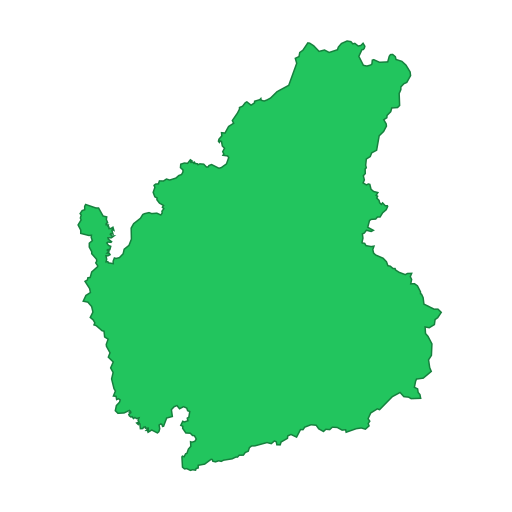 Morafenobe, Melaky, Madagascar (orthographic projection), rotated 263°
{"feature_id": "10022922B27026898293410", "entity_name": "Morafenobe", "entity_type": "district", "adm_level": 2, "iso_a3": "MDG", "parent_name": "Madagascar", "parent_adm1": "Melaky", "projection": "orthographic", "projection_center": [45.038, -17.912], "detail": "fine", "context": "isolated", "style": "filled", "palette": "green", "viewbox_px": 512, "rotation_deg": 263, "n_neighbors": 0, "source": "geoboundaries", "source_scale": "gbopen_adm2", "svg_char_len": 6012}
<svg xmlns="http://www.w3.org/2000/svg" viewBox="0 0 512 512"><g transform="rotate(263 256 256)"><path d="M454.1,388.2L452.2,385.8L451.9,383.1L455.0,380.0L454.8,377.9L457.2,376.3L458.3,372.6L456.5,366.7L453.3,363.2L450.8,362.0L449.1,353.4L452.1,349.1L451.4,343.5L457.6,338.9L460.7,335.2L461.2,333.4L454.5,327.6L452.6,324.2L448.7,323.0L447.4,319.1L442.3,319.9L421.4,309.3L416.6,297.0L411.0,289.7L409.6,286.1L408.8,283.0L409.9,280.1L411.7,280.0L410.7,278.8L409.8,273.5L408.2,273.2L406.3,269.5L410.1,265.7L409.4,264.0L406.3,260.9L405.4,257.7L403.8,257.5L400.1,255.0L393.3,249.0L390.5,250.0L387.9,244.6L381.8,240.2L382.6,236.8L379.4,236.7L376.5,233.5L374.5,232.7L373.2,233.5L374.6,234.5L373.9,235.7L369.3,236.0L366.8,237.9L363.6,235.7L361.2,236.5L360.0,235.5L358.8,240.0L357.0,240.9L351.0,237.9L348.0,232.4L347.6,229.9L352.2,223.0L351.5,220.3L350.2,219.3L350.4,217.6L353.5,215.3L354.3,211.6L353.7,209.5L354.7,209.0L355.2,206.9L356.5,206.4L355.7,205.6L356.6,205.2L356.8,202.7L357.6,202.5L358.2,204.0L359.5,202.6L356.3,199.4L357.0,196.2L356.3,192.5L352.9,191.8L350.3,194.0L348.2,193.7L345.9,192.0L345.3,189.2L343.1,186.0L341.9,179.6L343.3,176.5L341.7,173.3L342.3,169.3L339.5,167.9L339.6,165.1L338.5,163.4L336.4,164.0L331.7,161.7L327.1,162.8L325.6,164.9L323.9,164.5L320.3,166.6L317.4,170.4L315.8,169.0L314.2,170.3L311.9,168.1L310.0,168.1L308.3,166.5L310.6,162.8L310.8,157.6L312.1,155.1L311.6,150.5L311.0,148.7L307.5,145.9L303.0,138.5L298.9,135.5L287.9,134.4L282.0,131.2L278.8,126.0L274.4,124.4L271.0,120.2L270.6,116.8L271.3,115.2L268.3,113.6L265.8,113.4L267.2,108.6L268.4,108.3L268.5,106.4L270.9,107.4L274.6,107.1L274.2,108.9L275.1,111.3L276.8,110.6L277.0,108.6L278.9,110.8L279.7,109.1L280.4,109.3L280.4,111.8L283.3,113.0L284.4,110.9L287.1,109.5L287.9,110.8L287.2,113.7L287.8,114.4L290.8,111.4L292.1,111.3L291.7,114.7L293.2,117.3L293.3,115.5L295.4,114.0L296.0,114.7L295.2,116.7L299.0,116.1L299.8,116.8L298.9,118.0L302.0,117.5L301.0,115.4L301.1,113.4L302.6,113.6L303.3,112.7L304.8,113.3L305.3,111.0L306.6,111.4L307.0,112.8L310.5,111.9L313.0,112.6L314.3,109.1L322.8,105.6L323.2,102.9L327.9,93.2L326.2,92.0L322.8,91.6L322.3,89.0L319.5,86.6L317.9,87.5L315.1,86.3L313.1,86.8L308.5,83.2L303.1,85.2L299.8,84.8L296.7,92.7L296.7,95.2L294.6,94.7L291.2,95.4L289.0,92.1L285.2,91.6L280.2,93.5L278.3,93.2L272.3,97.3L270.3,97.3L268.7,96.1L265.6,97.7L264.7,97.5L260.2,91.0L254.9,88.8L254.9,86.5L252.7,85.7L251.7,83.2L244.0,86.9L239.9,87.2L237.6,82.4L232.2,79.0L230.7,83.5L225.9,86.7L220.2,87.3L215.2,84.0L212.4,86.6L209.3,87.9L207.4,86.8L206.4,88.9L200.6,94.1L199.9,96.0L194.1,95.9L191.5,99.1L186.5,96.6L184.5,96.6L177.7,99.3L173.6,97.1L168.2,101.4L162.6,98.1L157.8,100.0L151.6,97.7L141.6,98.9L139.1,100.0L134.4,97.4L133.8,100.0L130.5,100.2L131.1,102.1L129.7,103.7L127.5,102.7L124.6,99.2L119.6,97.5L116.7,99.8L116.3,106.0L118.2,111.6L117.0,112.5L116.3,111.4L115.6,112.5L114.3,110.4L112.8,110.8L111.4,112.3L111.7,113.4L109.6,114.6L110.5,116.1L109.2,117.7L109.6,120.1L107.4,118.9L105.5,119.6L104.8,117.2L103.1,118.6L104.3,119.4L103.6,120.3L98.7,120.2L98.5,122.5L99.8,123.7L99.8,125.3L98.6,125.3L98.3,128.1L96.6,127.9L97.3,127.1L96.3,125.8L96.1,127.1L94.2,127.4L96.0,131.3L92.4,136.6L93.5,138.2L96.3,139.4L100.0,139.2L101.0,141.1L100.2,142.1L98.2,142.5L98.3,143.5L106.1,147.6L106.9,153.4L113.8,153.3L116.4,156.4L117.2,159.3L113.7,161.5L115.3,165.7L113.5,168.7L110.8,169.3L109.7,171.3L104.2,169.7L103.4,168.0L100.8,168.4L100.0,164.5L100.9,163.2L97.1,160.7L95.9,162.6L93.9,162.2L88.9,164.8L88.1,169.2L85.6,171.1L85.1,173.0L81.6,174.4L79.5,172.7L79.0,169.7L79.6,168.4L75.0,168.1L72.6,165.4L68.6,163.4L68.2,162.0L65.5,160.2L66.3,158.6L65.6,158.0L55.4,157.3L53.4,159.1L53.4,161.4L51.2,164.8L51.6,167.0L50.8,169.9L52.4,170.7L52.7,172.8L55.3,173.1L55.7,179.7L59.7,186.7L59.3,187.8L57.6,188.1L56.6,190.7L57.3,194.0L56.4,196.5L57.3,198.9L57.6,207.6L58.9,211.5L58.7,213.2L60.3,215.0L59.9,219.2L62.3,221.4L63.2,224.5L66.6,226.1L68.0,228.5L67.7,231.8L69.5,244.2L67.9,248.3L70.2,251.8L69.1,253.5L66.1,253.7L65.6,257.0L68.3,258.2L71.2,265.0L73.6,265.6L74.6,269.0L71.3,274.2L78.3,279.0L77.9,281.5L80.2,283.5L81.8,290.0L80.7,295.1L76.8,297.2L73.6,301.6L75.5,304.2L74.7,308.0L76.8,310.9L75.9,315.8L72.7,320.2L72.6,323.8L70.1,324.0L72.4,334.5L72.5,339.5L70.8,343.5L73.6,347.5L76.1,346.9L78.2,348.8L80.8,347.4L86.2,350.7L89.5,357.8L88.4,359.9L99.8,374.2L103.0,382.4L98.4,385.6L97.3,390.3L95.5,392.6L94.7,402.1L98.5,401.8L100.8,400.3L104.4,400.2L106.4,397.2L112.4,399.2L114.3,400.3L114.4,407.1L120.1,415.9L123.9,414.8L131.9,414.6L136.0,418.0L147.3,419.9L155.3,416.9L158.4,414.8L165.0,415.2L163.7,419.2L166.2,424.7L171.1,426.0L172.6,428.8L177.5,433.0L181.1,430.1L181.5,426.3L187.8,416.8L194.3,416.8L198.0,415.6L198.5,414.7L200.4,414.9L206.7,412.6L209.2,409.9L209.5,406.2L213.8,407.6L216.7,406.6L219.8,408.4L220.2,404.2L219.3,401.9L222.4,396.0L225.1,392.8L226.6,392.5L226.9,390.4L229.5,388.1L230.3,385.7L234.4,384.8L238.3,381.9L242.4,374.9L244.5,373.1L248.2,372.7L251.4,374.3L251.3,371.5L252.9,366.4L255.3,365.4L256.0,363.0L256.7,362.9L260.7,364.3L265.0,364.3L265.6,366.3L268.1,368.7L266.3,373.3L267.2,375.6L270.9,370.4L277.4,373.0L278.3,374.8L278.1,379.3L279.9,381.3L279.6,383.9L283.4,386.9L286.1,390.9L289.1,392.7L289.9,392.5L290.1,390.4L293.3,388.1L291.9,386.7L293.8,385.2L296.2,384.9L298.8,382.9L300.5,384.0L301.6,382.6L304.1,384.7L305.7,380.6L308.2,378.3L313.2,377.7L313.8,376.3L313.1,374.2L315.5,371.2L318.3,372.8L322.6,372.3L324.5,374.5L329.0,374.9L330.1,376.2L332.7,375.9L338.8,377.3L340.8,381.5L344.3,383.4L346.3,388.6L360.3,392.9L364.0,397.8L369.0,401.3L371.3,401.3L375.7,399.4L377.3,402.7L379.6,403.2L382.8,407.3L386.4,408.8L386.1,414.6L387.9,416.9L399.9,417.9L403.4,420.0L406.2,420.4L409.0,423.8L409.9,426.8L416.2,431.4L419.9,431.4L427.2,428.1L431.4,424.5L434.0,418.9L436.8,418.6L439.4,416.2L439.5,414.0L438.0,412.6L432.6,410.4L433.2,402.2L436.5,396.8L436.2,395.3L432.5,394.5L431.6,393.2L431.0,389.2L432.2,385.8L441.6,382.4L447.9,386.3L447.9,387.7L449.0,388.8L450.9,389.6L454.1,388.2Z" fill="#22c55e" stroke="#15803d" stroke-width="1.5"/></g></svg>